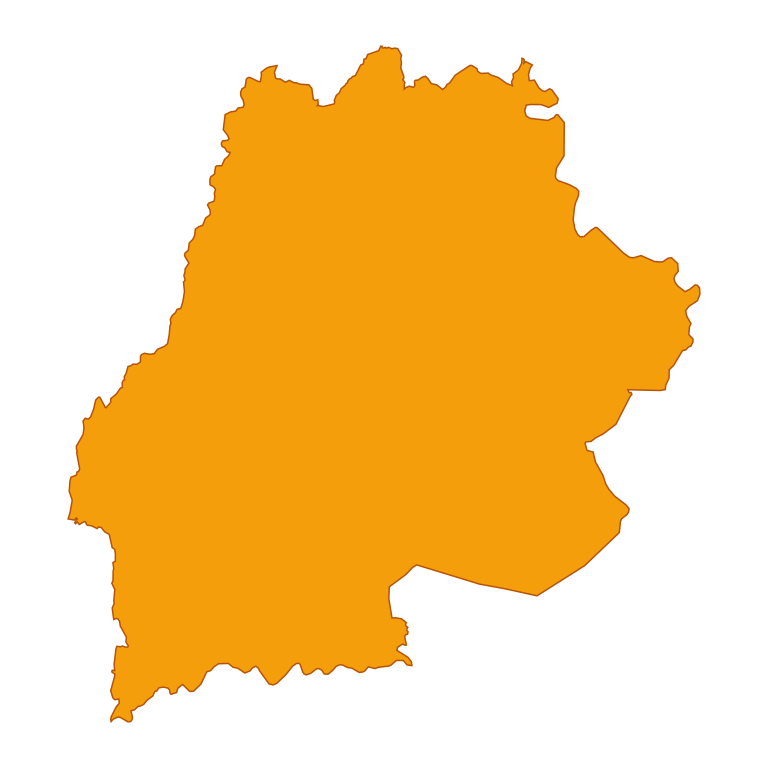 the district of Cuetzalan del Progreso, Puebla, Mexico
{"feature_id": "50627088B27452602729857", "entity_name": "Cuetzalan del Progreso", "entity_type": "district", "adm_level": 2, "iso_a3": "MEX", "parent_name": "Mexico", "parent_adm1": "Puebla", "projection": "robinson", "projection_center": [-97.512, 20.027], "detail": "fine", "context": "isolated", "style": "filled", "palette": "amber", "viewbox_px": 768, "rotation_deg": 0, "n_neighbors": 0, "source": "geoboundaries", "source_scale": "gbopen_adm2", "svg_char_len": 5979}
<svg xmlns="http://www.w3.org/2000/svg" viewBox="0 0 768 768"><path d="M83.1,421.1L84.0,427.6L83.1,434.5L76.4,446.2L76.5,449.4L77.2,451.1L76.7,452.9L79.7,468.9L78.5,471.6L77.1,471.9L76.4,475.1L71.0,477.2L70.0,480.9L69.2,491.3L72.2,500.2L70.1,512.4L68.1,518.9L74.3,520.1L76.3,518.0L77.3,519.0L74.7,522.6L75.5,523.7L77.4,522.1L79.3,524.5L83.8,521.8L85.5,521.7L86.6,524.6L87.5,525.2L91.6,525.8L97.1,528.6L98.6,527.0L101.1,527.4L104.8,531.9L109.2,534.3L112.2,547.6L114.7,549.3L115.4,554.0L115.3,561.2L112.9,562.6L113.7,568.4L113.1,571.3L113.0,580.8L111.8,583.2L114.8,589.5L113.8,600.9L114.2,603.7L112.2,607.9L113.7,619.5L116.2,618.5L117.9,618.9L119.6,621.4L120.3,626.1L126.4,637.1L125.9,641.9L128.3,645.9L127.8,647.0L125.6,647.2L122.4,646.0L120.4,646.8L116.8,646.3L115.9,649.2L114.1,664.4L114.6,670.5L112.3,670.3L111.9,671.1L111.9,672.0L114.8,674.0L114.5,676.9L110.7,690.7L112.8,697.7L114.8,699.7L118.9,699.1L119.2,703.3L116.2,706.9L111.2,716.8L110.7,719.4L111.1,721.5L113.2,719.2L118.1,716.9L120.3,717.4L128.0,721.9L130.7,721.5L131.9,719.9L132.5,717.3L130.9,710.8L134.6,709.8L138.1,706.3L140.6,706.0L143.9,704.2L146.9,700.3L152.9,695.9L154.8,691.3L156.8,691.0L158.8,687.9L163.5,687.1L167.9,688.1L169.5,689.8L169.9,692.9L171.0,694.3L176.6,692.5L177.9,688.2L182.6,684.5L189.9,691.5L193.6,691.2L200.9,684.1L206.8,671.8L210.7,670.6L214.0,666.8L218.4,663.8L228.3,663.4L233.1,667.3L237.7,668.2L244.9,673.0L250.2,670.8L252.3,668.0L256.0,666.2L258.5,668.3L259.5,670.7L269.0,683.9L273.0,684.9L276.7,683.4L286.0,674.5L292.6,666.1L296.4,663.5L298.7,663.3L300.1,664.3L302.7,671.9L304.0,673.8L306.1,674.9L310.6,673.4L316.6,668.8L319.0,668.6L321.8,670.2L324.3,674.0L328.1,674.2L332.9,670.2L336.3,666.2L339.7,664.8L342.2,664.9L347.9,667.6L351.8,668.1L359.2,672.4L362.7,672.0L364.9,670.9L368.3,666.8L375.0,668.6L378.3,667.3L388.5,666.1L390.9,665.2L396.5,660.4L403.3,660.5L407.0,664.9L411.9,665.6L411.4,661.8L407.9,657.3L396.8,650.3L397.7,647.1L402.7,644.0L404.8,645.2L406.4,645.0L404.6,636.6L405.9,634.6L407.6,634.2L408.0,631.7L406.9,630.6L406.8,629.0L407.8,627.4L405.9,626.0L405.6,624.1L406.4,622.6L401.6,618.9L396.1,617.8L392.0,618.0L388.8,598.5L389.3,586.8L406.0,574.4L412.5,567.5L416.7,564.9L479.8,584.2L503.2,588.4L537.0,595.8L584.7,565.6L619.3,532.5L620.5,521.1L621.7,518.7L627.2,514.4L628.7,511.5L629.0,508.4L625.6,504.6L614.7,496.2L608.9,489.3L605.5,483.4L603.0,475.4L595.6,462.3L593.1,452.0L587.0,450.4L585.1,443.3L585.9,441.9L591.0,441.4L595.7,437.8L603.0,434.0L615.9,424.3L630.1,396.5L631.9,394.4L631.0,392.5L629.3,392.7L627.8,389.7L660.1,390.5L665.3,389.6L665.7,385.3L669.0,378.2L669.2,369.8L673.6,365.4L682.5,350.6L685.8,349.9L688.3,347.1L691.0,346.0L692.9,341.9L693.1,339.2L688.8,334.5L689.5,326.7L691.0,323.6L686.8,316.3L685.6,310.7L689.0,306.2L697.4,300.7L699.9,294.3L699.5,287.9L697.4,285.3L695.0,285.0L689.7,289.3L685.0,291.7L677.7,286.0L675.0,282.2L674.0,278.5L675.0,275.4L678.2,271.4L677.7,263.6L671.5,257.7L668.1,258.2L662.6,261.9L659.8,261.9L654.6,261.6L641.1,255.6L633.1,257.9L629.3,257.2L623.2,252.8L597.2,227.7L595.5,227.4L591.0,230.3L584.1,236.5L580.2,236.9L577.5,234.3L574.9,229.1L573.2,219.7L574.3,208.6L575.4,203.3L578.5,195.6L578.7,191.1L576.2,188.4L569.6,184.8L557.9,180.5L555.9,178.5L555.4,176.1L556.5,168.0L564.0,155.9L564.3,122.7L557.8,114.7L556.4,114.6L553.9,117.6L547.9,120.4L529.8,118.3L526.1,115.8L524.7,110.7L526.3,105.1L530.5,104.5L541.2,104.6L548.7,107.4L557.1,103.2L558.2,98.8L552.0,90.0L549.6,88.8L545.3,91.4L542.5,90.9L538.8,87.8L534.4,80.1L529.3,80.7L528.5,74.3L530.3,67.9L532.4,65.0L525.8,61.6L524.0,63.3L524.2,59.7L523.2,58.7L522.0,58.3L521.7,63.3L518.4,70.0L513.0,74.0L513.5,77.6L511.5,82.1L512.4,85.7L506.6,83.5L498.3,77.5L490.6,74.9L488.2,73.1L481.1,73.4L479.7,72.8L477.7,71.2L477.0,68.7L471.7,65.4L469.8,65.5L455.2,75.2L449.5,83.1L447.0,84.4L445.7,87.0L442.6,89.5L436.7,84.8L431.4,83.7L427.7,78.3L425.4,76.2L421.6,77.5L418.3,80.0L415.4,80.3L414.5,81.2L414.8,85.6L413.6,87.4L409.5,86.2L406.2,87.4L404.3,89.1L404.3,83.8L404.9,82.5L402.8,79.5L403.8,78.2L403.7,76.2L400.7,67.7L401.5,63.3L400.7,58.5L401.6,55.4L397.7,48.6L394.5,48.1L392.0,48.8L388.4,47.3L386.5,48.2L385.4,47.3L383.7,48.0L382.4,47.8L382.1,46.3L380.8,46.1L378.7,50.7L367.7,54.5L366.1,58.5L364.0,59.2L363.3,63.9L360.6,65.1L355.5,75.5L352.3,76.6L351.5,78.0L349.5,79.0L348.0,80.7L347.2,83.2L346.2,83.4L345.3,85.1L341.2,88.6L339.3,92.9L336.3,95.4L334.2,100.7L334.9,101.9L334.1,103.9L323.6,106.5L317.3,105.6L318.2,104.6L317.8,99.7L315.5,100.5L313.4,99.6L311.8,88.4L308.8,84.8L300.1,84.2L296.0,82.7L294.3,82.9L289.2,80.3L285.4,82.3L280.1,78.9L277.7,79.0L275.5,78.0L274.4,72.2L277.1,65.6L269.9,66.8L266.4,68.2L261.2,72.2L261.4,75.5L260.4,81.6L258.6,81.6L250.4,77.7L248.7,77.4L247.1,78.3L246.3,79.4L245.1,87.0L242.0,88.8L240.6,92.1L240.9,96.2L243.1,100.0L244.1,104.4L243.3,107.1L237.9,108.1L235.8,111.1L230.5,111.9L225.1,114.7L223.3,129.7L227.5,135.2L229.1,138.6L227.7,140.3L222.6,140.9L221.5,142.7L221.4,144.5L222.2,146.6L224.7,147.7L227.2,151.8L230.0,152.4L229.8,153.4L228.3,156.1L224.6,159.3L221.8,165.7L216.6,165.9L215.5,166.9L214.5,174.1L210.9,176.7L209.9,179.3L210.0,184.8L213.7,186.9L215.5,189.3L214.3,193.5L214.8,196.1L214.3,200.4L213.8,201.3L208.6,203.2L207.5,205.0L209.9,209.7L210.4,213.8L209.6,215.2L205.7,217.9L202.7,225.2L198.8,226.7L195.4,229.1L194.6,235.7L192.7,239.5L189.3,242.8L188.3,250.3L185.1,253.0L184.5,255.1L185.1,256.8L188.9,263.1L185.1,269.0L185.0,271.9L183.9,275.4L185.0,279.5L184.9,280.6L183.5,282.0L184.5,291.4L183.0,301.1L180.8,308.4L177.1,309.3L175.3,312.9L172.3,315.4L170.3,319.3L170.9,323.7L170.0,325.8L169.2,334.8L167.6,343.6L164.7,346.2L157.4,349.4L154.3,353.6L150.3,354.3L144.4,353.3L141.5,354.6L140.5,356.5L140.4,362.0L136.9,364.3L133.0,364.1L130.7,365.8L128.0,366.5L126.2,373.2L124.2,376.7L124.7,379.7L123.3,380.3L122.2,382.7L122.3,387.5L120.5,388.1L116.2,394.2L110.8,398.6L110.6,402.4L106.0,407.7L105.3,407.5L99.9,397.3L98.5,397.2L95.7,400.0L93.6,409.2L90.6,416.9L88.1,419.2L85.2,418.2L83.1,421.1Z" fill="#f59e0b" stroke="#b45309" stroke-width="1.5"/></svg>